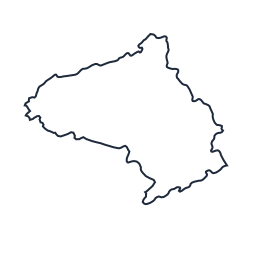 Stowbtsy, Minsk, Belarus (Robinson projection), rotated 330°
{"feature_id": "67162791B19818766020383", "entity_name": "Stowbtsy", "entity_type": "district", "adm_level": 2, "iso_a3": "BLR", "parent_name": "Belarus", "parent_adm1": "Minsk", "projection": "robinson", "projection_center": [26.677, 53.605], "detail": "fine", "context": "isolated", "style": "outline", "palette": "slate", "viewbox_px": 256, "rotation_deg": 330, "n_neighbors": 0, "source": "geoboundaries", "source_scale": "gbopen_adm2", "svg_char_len": 4514}
<svg xmlns="http://www.w3.org/2000/svg" viewBox="0 0 256 256"><g transform="rotate(330 128 128)"><path d="M194.3,57.8L193.5,58.2L191.7,58.5L190.1,59.1L187.7,59.9L185.6,59.9L184.1,60.4L182.4,61.0L181.0,61.2L179.5,61.3L178.1,61.9L177.8,63.1L178.2,64.4L179.2,65.0L180.2,65.4L180.2,66.3L179.6,67.2L178.0,68.2L177.1,68.7L176.1,68.6L175.8,67.7L175.4,67.0L174.0,66.8L173.1,66.8L171.6,66.8L170.6,66.8L169.6,67.0L168.4,67.1L167.2,67.1L166.3,66.5L166.1,65.4L165.9,63.6L165.4,63.0L164.0,62.7L162.4,63.1L160.4,63.7L159.0,63.9L158.1,63.7L156.6,63.3L155.0,63.2L154.2,63.7L153.0,64.1L152.2,64.0L150.3,63.7L148.9,63.2L147.2,62.6L145.1,61.9L142.8,61.4L140.7,61.1L138.6,60.8L136.7,60.5L135.7,60.4L134.2,58.8L133.8,58.1L133.1,57.0L131.6,56.2L128.5,55.7L127.3,55.7L124.0,55.8L122.2,55.7L120.9,55.3L118.5,54.2L116.8,54.2L115.3,54.6L113.6,55.1L112.4,55.5L110.6,55.7L109.2,55.5L107.4,54.9L105.4,54.1L102.6,53.0L101.1,52.4L99.4,51.7L98.1,51.1L96.1,50.5L94.6,49.9L93.5,49.3L92.5,48.1L92.5,46.9L92.5,46.0L91.7,45.4L90.5,45.4L88.7,45.8L86.2,46.1L84.9,46.2L82.4,46.3L80.3,46.5L77.5,47.6L75.6,47.8L72.9,47.8L71.2,48.2L69.5,49.4L68.1,50.9L66.6,51.9L63.9,54.5L62.3,54.9L60.4,53.4L57.2,52.8L55.9,54.5L55.5,55.4L53.9,55.4L51.7,55.4L49.9,56.8L51.1,57.8L51.3,59.8L51.3,62.2L51.7,64.3L47.3,65.2L45.7,66.1L46.8,67.3L47.3,67.8L47.7,70.1L47.1,71.9L50.1,72.6L51.9,72.3L55.1,72.3L56.9,73.1L57.3,75.1L55.7,76.4L55.5,77.5L55.1,79.3L56.5,80.8L56.5,82.9L55.1,84.0L55.7,86.7L57.2,90.1L58.8,91.7L61.2,95.1L62.6,95.7L62.8,97.8L63.4,99.9L65.6,101.7L68.6,102.3L73.0,103.1L76.6,103.2L78.4,104.8L78.2,106.6L78.1,108.2L76.7,109.8L77.5,111.9L78.2,112.2L80.1,113.3L81.7,113.3L84.7,113.6L86.5,116.9L90.1,121.1L93.5,124.5L96.7,127.5L99.9,131.2L103.1,134.5L106.2,137.8L108.2,139.5L109.9,141.0L112.0,141.6L114.4,141.6L116.6,142.0L117.4,143.6L117.4,145.0L117.2,147.4L117.5,148.9L116.6,149.9L114.4,151.7L112.1,153.4L110.8,155.1L110.2,156.6L110.8,158.0L112.4,158.3L114.8,158.9L116.6,159.6L118.1,160.8L118.9,161.6L119.8,164.0L119.9,165.3L119.5,168.5L118.4,170.2L118.1,172.2L118.4,174.4L119.0,176.7L119.4,178.6L121.8,182.4L124.3,185.8L124.3,188.4L120.3,190.5L112.4,192.2L110.8,192.1L111.0,193.8L109.9,195.3L109.3,196.4L107.9,196.9L106.4,197.4L105.1,198.2L103.7,199.6L104.3,201.7L105.2,202.7L106.8,203.4L109.9,203.9L112.1,203.9L114.1,203.7L115.5,203.2L116.9,202.4L118.7,202.4L120.4,202.7L121.5,203.8L122.1,204.6L124.2,205.5L125.6,205.6L127.4,205.5L129.5,205.2L130.9,204.4L131.9,203.6L133.7,203.0L134.9,203.0L137.7,203.9L139.2,203.8L140.7,203.8L141.8,204.3L143.2,205.5L143.1,206.3L142.1,207.0L140.7,207.9L141.2,209.1L143.1,209.3L145.3,209.0L146.3,208.9L148.5,208.9L149.9,209.4L151.4,209.5L152.3,209.3L153.8,208.3L154.3,207.7L156.2,207.3L159.1,207.8L161.1,208.5L162.9,209.0L164.6,209.9L166.6,210.2L168.7,209.8L170.1,209.4L172.0,208.9L173.1,208.0L173.3,206.9L173.2,205.7L173.6,204.9L174.1,204.7L175.9,204.8L177.0,205.1L177.7,205.8L178.2,207.1L178.4,208.3L178.7,209.1L179.5,209.9L182.0,210.6L183.6,210.6L186.4,210.4L188.0,210.0L189.2,209.5L190.6,209.1L192.6,209.2L194.6,209.7L195.0,209.9L194.9,207.9L194.7,203.3L194.8,200.9L195.0,197.6L195.5,195.9L195.5,194.5L195.5,194.2L195.1,192.8L194.3,192.1L193.1,191.6L191.1,191.2L189.3,190.9L188.4,190.0L188.6,189.1L189.5,188.5L190.7,187.9L191.5,187.1L192.1,185.4L192.1,184.5L192.5,183.1L194.2,181.6L196.6,180.7L197.9,179.7L198.3,178.9L199.0,178.0L200.7,177.3L202.6,177.2L204.0,177.5L205.2,178.2L207.3,178.5L209.0,177.7L208.5,176.4L208.6,175.4L209.5,174.5L210.3,173.3L209.6,172.3L208.3,171.0L206.6,169.8L206.0,168.1L205.8,166.2L206.1,163.5L206.7,161.2L207.6,159.5L208.5,158.3L208.6,157.2L209.1,152.2L209.5,150.0L208.9,148.3L208.8,148.2L207.9,146.9L206.8,145.5L205.9,144.6L205.6,142.7L205.3,140.4L204.5,138.8L203.2,138.1L201.5,138.3L200.0,138.3L198.7,137.9L197.6,137.0L197.6,135.9L198.5,134.8L199.2,134.1L199.8,133.1L200.0,130.6L200.6,125.5L200.4,121.3L200.0,120.2L198.7,119.0L197.9,118.2L197.1,116.9L196.8,115.5L196.4,113.7L196.1,111.7L196.0,110.5L195.6,109.1L196.2,107.1L197.1,106.1L198.4,105.3L199.4,104.6L200.2,103.5L200.4,102.3L199.2,100.9L197.6,99.9L196.1,99.2L194.2,97.4L192.9,95.9L192.2,94.6L192.6,93.5L193.7,92.4L194.8,91.6L195.1,90.9L195.7,88.8L196.2,87.0L197.0,85.2L198.3,83.7L200.3,82.3L201.5,81.5L202.4,80.3L202.7,79.1L203.0,78.0L203.7,76.9L204.2,75.5L204.8,74.1L204.9,73.1L204.7,72.0L205.4,70.7L206.2,70.0L206.7,69.1L206.6,67.8L206.0,67.3L205.2,66.7L203.8,66.5L203.0,66.4L201.4,66.1L199.6,65.5L198.5,64.8L197.7,63.8L197.7,61.9L197.1,60.2L196.6,59.6L195.6,58.8L194.3,57.8Z" fill="none" stroke="#1e293b" stroke-width="2"/></g></svg>